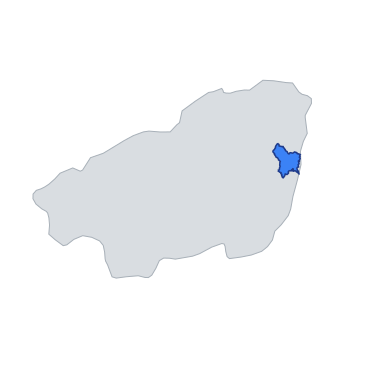 Tsento, Paro, Bhutan shown in context, rotated 155°
{"feature_id": "84629894B34516930524400", "entity_name": "Tsento", "entity_type": "district", "adm_level": 2, "iso_a3": "BTN", "parent_name": "Bhutan", "parent_adm1": "Paro", "projection": "robinson", "projection_center": [89.316, 27.609], "detail": "fine", "context": "in_parent", "style": "filled", "palette": "blue", "viewbox_px": 384, "rotation_deg": 155, "n_neighbors": 0, "source": "geoboundaries", "source_scale": "gbopen_adm2", "svg_char_len": 5831}
<svg xmlns="http://www.w3.org/2000/svg" viewBox="0 0 384 384"><g transform="rotate(155 192 192)"><path d="M299.5,165.8L299.0,168.1L296.6,174.4L295.0,181.1L296.4,186.7L302.0,193.3L309.5,198.6L319.1,199.0L327.8,197.0L331.4,197.8L336.2,206.6L339.6,214.3L335.1,222.2L332.6,229.1L331.7,234.0L332.3,236.1L335.2,240.1L338.5,246.9L339.0,253.1L336.9,257.3L332.4,259.3L327.6,258.7L323.6,258.8L318.6,259.5L310.8,261.8L303.6,264.8L289.9,264.2L284.5,258.1L281.9,258.1L269.5,266.0L256.0,264.6L231.5,267.3L221.2,267.9L210.6,267.0L205.3,265.4L195.4,259.8L186.4,255.7L177.2,259.4L174.0,260.1L166.7,269.7L150.8,272.9L134.9,275.2L130.3,273.9L121.3,273.3L121.0,271.1L121.3,268.9L119.2,267.2L115.6,265.4L109.4,264.6L101.4,262.3L96.8,260.0L80.5,263.3L71.0,258.3L60.3,251.3L54.8,248.3L52.9,237.6L51.0,234.1L46.7,230.5L44.4,226.2L46.3,221.8L57.0,213.6L57.9,211.7L62.8,196.4L69.7,190.8L76.5,183.1L81.6,170.8L91.5,158.2L102.4,145.3L109.8,134.8L114.8,129.9L125.0,124.6L133.5,121.5L139.4,114.5L146.6,110.6L153.9,108.8L164.8,109.8L175.0,112.3L186.2,115.8L187.5,118.6L186.6,123.6L185.0,128.7L184.9,131.3L186.7,132.7L197.6,133.7L211.1,132.9L218.6,133.6L235.5,138.2L240.4,141.5L245.6,144.1L250.6,143.6L256.9,138.2L263.6,133.6L267.7,132.9L270.7,134.4L276.1,138.8L287.2,142.9L297.1,146.0L300.3,148.9L299.3,161.6L299.5,165.8Z" fill="#d9dde1" stroke="#a8b0b8" stroke-width="1"/><path d="M93.1,198.3L93.2,198.6L93.3,198.7L93.6,199.1L93.7,199.5L94.1,199.5L94.4,199.6L94.8,199.3L95.1,199.2L95.5,199.0L95.7,198.9L96.0,198.6L96.3,198.4L96.7,198.3L96.8,198.2L97.0,198.0L97.1,197.8L97.4,197.5L97.4,197.4L97.4,197.2L97.7,196.9L97.8,196.7L98.0,196.7L98.4,196.5L98.5,196.4L98.6,196.2L99.0,196.0L99.5,195.7L99.8,195.5L100.3,195.5L101.0,195.2L101.4,194.7L101.6,194.4L101.7,194.2L101.6,193.7L101.5,193.4L101.5,193.2L101.4,193.0L101.2,192.6L101.2,192.4L101.2,192.2L101.0,191.9L101.0,191.7L101.3,191.3L101.4,191.2L101.2,190.9L101.2,190.7L101.3,190.6L101.3,190.4L101.2,190.0L101.2,189.8L101.2,189.7L101.0,189.2L101.0,188.9L101.1,188.6L101.1,188.4L101.1,188.1L100.8,187.6L100.7,187.5L100.6,187.4L100.4,187.3L100.2,187.2L100.1,186.9L100.0,186.7L99.9,185.9L99.9,185.7L99.9,185.4L99.9,184.8L99.9,184.7L100.0,184.5L99.9,184.4L99.7,184.2L99.6,183.6L99.3,183.0L99.2,182.9L99.2,182.6L99.3,182.3L99.2,182.2L99.4,182.0L99.9,181.6L100.0,181.5L100.1,181.2L100.2,180.9L100.4,180.6L100.7,180.1L100.9,179.8L101.1,179.4L101.1,179.1L101.3,178.8L101.2,178.5L101.2,178.2L101.3,178.0L101.5,177.9L101.8,177.6L102.0,177.2L102.6,176.8L102.7,176.7L102.8,176.5L102.8,176.0L102.9,175.8L103.1,175.7L103.4,175.5L103.6,175.3L103.9,175.2L104.1,175.2L104.4,175.3L104.5,174.8L104.5,174.5L104.9,174.4L104.8,174.2L104.6,174.0L104.5,173.8L104.4,173.4L104.3,173.2L104.1,172.9L103.7,172.4L103.3,172.2L103.2,172.1L103.3,172.0L103.3,171.6L103.6,171.4L103.7,171.2L103.6,170.9L103.5,170.6L103.4,170.3L103.3,170.2L103.2,170.1L103.3,170.0L103.4,169.9L103.6,169.7L103.7,169.4L103.5,169.2L103.6,168.9L103.8,168.7L103.7,168.5L103.8,168.0L103.7,167.6L103.8,167.5L103.8,167.4L103.9,167.1L103.8,166.9L103.7,166.8L103.5,166.7L103.5,166.4L103.4,166.3L103.1,166.4L102.8,166.6L102.7,166.6L102.4,166.7L102.2,166.9L102.1,167.1L101.9,167.2L101.7,167.3L101.4,167.3L101.2,167.5L100.8,167.8L100.6,168.1L100.2,168.6L99.9,168.9L99.8,168.7L99.6,168.5L99.4,168.4L99.0,168.1L98.8,167.9L98.6,167.8L98.5,167.7L98.4,167.7L98.1,167.9L97.9,167.9L97.4,168.0L97.0,168.1L96.7,168.4L96.4,168.5L96.5,169.0L96.4,169.2L96.3,169.5L95.9,169.9L95.7,170.0L95.3,170.1L95.2,170.0L94.9,170.0L94.7,170.0L94.4,169.9L94.2,169.9L94.0,169.7L93.8,169.6L93.7,169.5L93.0,169.3L92.7,169.1L92.5,169.4L92.5,169.6L92.5,169.8L92.4,170.0L91.7,170.1L91.3,170.1L91.2,170.2L90.9,170.4L90.8,170.5L90.6,170.4L90.6,169.9L90.7,169.5L90.8,169.3L90.9,168.9L91.2,168.7L91.4,168.7L91.5,168.6L91.6,168.4L91.4,168.1L91.1,167.9L90.6,167.8L90.1,167.9L89.7,167.8L89.3,167.4L88.9,166.8L89.0,166.5L88.8,166.0L88.6,165.8L88.3,165.5L88.2,165.4L88.1,165.2L88.1,164.9L87.9,164.7L87.7,164.6L87.7,164.3L87.6,164.2L87.6,163.9L87.6,163.6L87.4,163.2L87.3,163.3L87.3,163.6L87.3,163.9L87.2,164.0L87.1,164.6L87.1,164.8L87.0,165.2L87.0,165.3L86.9,165.6L86.8,166.0L87.2,166.4L87.3,166.6L87.2,166.8L87.3,166.9L87.3,167.0L87.3,167.3L87.1,167.6L87.1,167.9L87.1,168.0L87.1,168.4L87.1,168.6L87.0,168.9L86.9,169.0L86.5,169.4L86.5,169.5L86.1,169.8L85.8,169.9L85.6,169.9L85.2,169.7L85.1,169.8L84.8,169.7L84.7,170.0L84.6,170.5L84.4,171.1L84.4,171.4L84.4,171.7L84.3,171.9L84.2,172.0L83.4,172.2L83.1,172.2L83.0,172.3L83.0,172.6L83.0,172.8L83.0,173.0L82.9,173.4L82.7,173.8L82.7,174.0L82.7,174.7L82.6,174.8L82.4,175.2L82.2,175.2L81.8,175.3L81.7,175.2L81.5,174.7L81.3,175.0L81.2,175.4L81.0,175.7L80.8,175.8L80.7,175.9L80.5,176.1L80.3,176.2L80.1,176.3L79.9,176.5L79.6,177.1L79.9,177.7L79.9,177.8L80.0,178.0L79.9,178.1L79.9,178.3L79.5,178.5L79.3,178.6L79.2,178.6L78.9,178.7L78.8,178.8L78.8,179.0L79.0,179.2L79.0,179.3L79.0,179.5L78.9,179.7L78.7,180.1L78.4,180.4L78.2,180.4L78.3,180.6L78.6,180.8L79.0,181.1L79.1,181.5L79.4,181.6L79.6,181.6L80.0,181.9L80.3,182.1L80.5,182.4L80.4,182.7L80.4,182.9L80.3,183.2L80.5,183.6L81.0,183.8L81.5,184.2L81.7,184.4L81.7,184.7L81.9,184.9L82.3,184.9L83.2,184.8L84.2,184.6L84.6,184.8L85.0,185.1L85.4,185.5L86.3,186.1L86.5,186.1L86.9,186.1L87.3,185.8L87.6,185.6L87.9,185.5L88.1,185.6L88.3,185.8L88.5,186.0L88.6,186.3L88.7,186.9L88.7,187.4L88.8,187.7L88.8,188.1L88.7,188.4L88.8,188.6L89.0,188.8L89.3,189.2L89.5,189.4L89.5,189.5L89.7,189.9L89.6,190.2L89.6,190.7L89.6,190.9L89.6,191.2L89.7,191.3L89.9,191.3L89.9,191.6L89.8,191.8L89.9,192.4L89.9,192.6L90.0,193.0L90.2,193.3L90.3,193.4L90.2,193.7L90.3,193.9L90.3,194.0L90.2,194.6L90.3,194.7L90.3,194.8L90.5,194.9L90.9,194.8L91.0,194.9L91.3,195.1L91.4,195.3L91.6,195.5L92.0,195.6L92.3,195.9L92.4,196.1L93.0,196.4L93.2,196.5L93.3,196.7L93.3,196.8L93.6,197.0L93.3,197.7L93.2,198.2L93.1,198.3Z" fill="#3b82f6" stroke="#1e3a8a" stroke-width="1.5"/></g></svg>